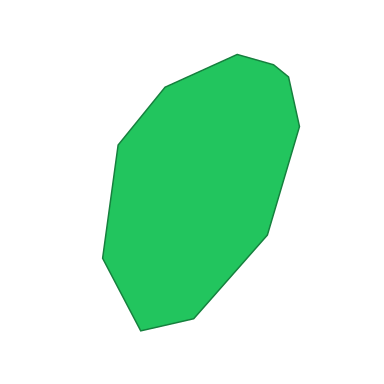 SVG path tracing the border of Brändö, rotated 21°
{"feature_id": "ALD-4823", "entity_name": "Brändö", "entity_type": "state/province", "adm_level": 1, "iso_a3": "ALA", "parent_name": "Aland", "parent_adm1": "", "projection": "albers", "projection_center": [21.08, 60.465], "detail": "fine", "context": "isolated", "style": "filled", "palette": "green", "viewbox_px": 384, "rotation_deg": 21, "n_neighbors": 0, "source": "natural_earth", "source_scale": "10m", "svg_char_len": 297}
<svg xmlns="http://www.w3.org/2000/svg" viewBox="0 0 384 384"><g transform="rotate(21 192 192)"><path d="M240.9,50.0L268.9,92.4L277.8,205.2L239.0,309.7L193.9,340.0L132.3,285.9L106.2,174.6L129.3,103.8L184.9,47.4L222.6,44.0L240.9,50.0Z" fill="#22c55e" stroke="#15803d" stroke-width="1.5"/></g></svg>